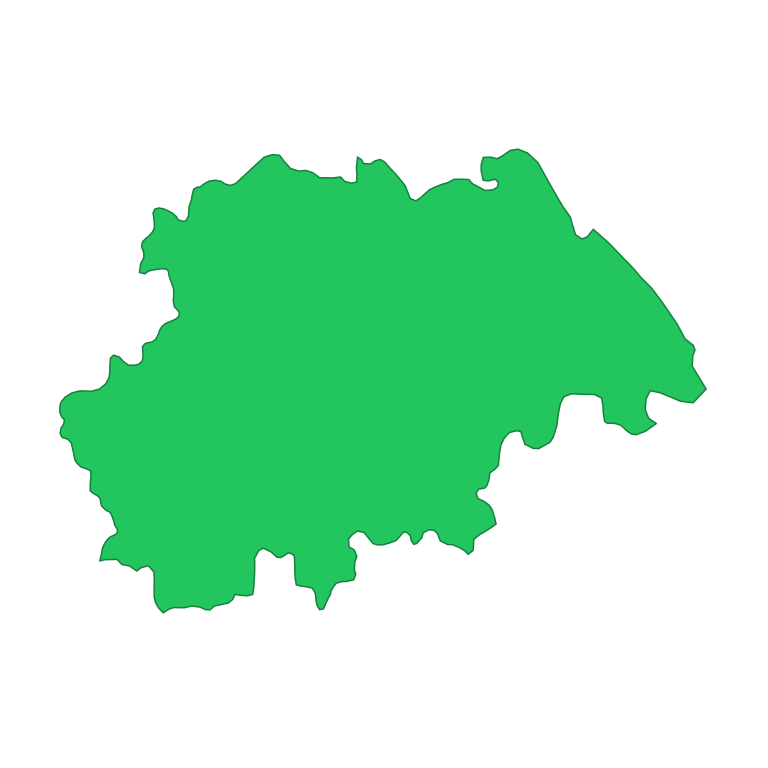 the district of Shchuchyn, Grodno, Belarus, rotated 94°
{"feature_id": "67162791B66420794580046", "entity_name": "Shchuchyn", "entity_type": "district", "adm_level": 2, "iso_a3": "BLR", "parent_name": "Belarus", "parent_adm1": "Grodno", "projection": "orthographic", "projection_center": [24.728, 53.725], "detail": "fine", "context": "isolated", "style": "filled", "palette": "green", "viewbox_px": 768, "rotation_deg": 94, "n_neighbors": 0, "source": "geoboundaries", "source_scale": "gbopen_adm2", "svg_char_len": 4673}
<svg xmlns="http://www.w3.org/2000/svg" viewBox="0 0 768 768"><g transform="rotate(94 384 384)"><path d="M202.9,587.4L209.6,588.6L213.8,589.0L216.2,589.7L220.5,590.8L226.2,590.8L230.0,590.8L235.4,593.3L235.6,596.1L234.7,600.7L231.4,602.9L228.1,607.5L225.7,612.9L224.6,616.6L224.1,620.8L225.7,625.0L229.4,626.3L234.4,625.2L239.7,624.4L244.7,623.9L248.7,625.7L253.0,629.0L255.2,631.6L258.9,634.7L261.1,635.2L264.4,635.2L269.7,632.8L274.7,632.4L281.3,635.2L289.8,635.7L290.7,630.2L287.6,626.5L286.1,621.4L284.4,613.3L284.8,608.5L286.6,607.0L291.2,605.9L303.9,600.5L310.0,600.0L316.1,600.0L321.6,598.5L323.8,595.9L326.9,593.1L331.0,593.5L333.9,596.4L336.3,601.0L337.8,604.2L339.8,607.3L342.4,609.7L345.9,611.5L348.7,612.1L352.0,613.4L355.5,615.0L358.1,618.1L359.2,621.8L359.9,624.4L361.2,625.9L363.6,627.5L367.5,627.0L373.5,626.2L377.8,626.8L381.6,630.3L382.7,634.5L383.1,640.2L379.8,645.4L375.6,649.8L374.1,655.7L377.2,658.6L383.3,658.8L389.2,658.4L396.4,658.6L403.0,661.4L405.9,664.3L408.9,667.6L411.8,675.7L411.8,681.6L412.2,687.3L414.6,694.5L416.8,697.8L419.5,701.3L424.1,704.6L427.6,705.7L434.6,705.5L439.2,703.3L442.1,700.2L446.5,700.9L450.6,703.1L455.9,703.7L459.8,701.3L461.1,695.6L464.4,691.9L474.7,688.8L481.5,687.0L484.6,684.6L487.9,680.4L489.4,674.9L491.1,670.5L496.0,669.9L504.1,670.1L511.1,669.6L513.3,666.5L515.7,661.7L517.8,659.3L523.1,658.0L525.5,657.1L529.4,652.5L530.7,649.0L533.4,646.8L536.4,645.4L539.5,644.1L543.9,642.6L546.7,640.2L550.6,639.5L552.8,641.2L555.3,645.8L557.2,648.0L560.8,650.6L563.4,651.9L567.3,653.4L569.7,653.7L571.7,653.7L580.2,655.1L578.7,649.9L577.6,638.1L582.4,632.8L583.2,625.3L585.6,621.3L587.8,617.6L584.2,613.6L581.7,606.4L587.6,600.4L596.1,599.4L605.2,599.0L612.5,598.4L618.5,596.4L623.0,593.3L625.4,590.7L627.6,588.3L623.3,582.4L621.7,578.1L621.1,567.4L618.9,560.5L619.4,551.9L621.5,546.6L621.5,541.8L617.2,537.6L615.6,531.7L613.4,524.2L609.6,520.0L604.3,517.9L604.8,512.5L604.8,505.6L603.1,500.3L597.3,499.8L591.4,499.8L584.0,499.8L572.2,500.4L566.9,501.0L558.9,497.3L556.2,493.0L559.5,484.7L562.1,481.4L564.3,478.5L564.3,474.8L562.5,472.0L559.0,467.6L560.1,463.9L561.6,461.5L569.0,460.6L576.7,459.9L583.9,459.0L590.4,457.5L591.2,454.4L591.7,447.2L592.5,441.5L597.3,438.0L605.3,436.5L609.5,435.4L613.6,432.5L612.5,428.6L608.4,427.3L601.6,424.7L597.9,422.8L594.6,422.6L589.6,420.2L585.9,417.6L584.0,411.8L583.6,407.7L581.5,400.6L575.7,398.9L571.3,400.6L563.5,400.7L558.0,399.0L551.6,402.1L548.9,407.5L541.0,408.6L536.9,405.5L532.5,400.4L533.5,393.6L538.9,388.5L544.0,383.7L545.0,378.6L544.3,373.2L541.9,366.7L539.2,360.9L534.4,357.2L530.7,354.5L530.0,351.4L533.4,347.3L538.7,345.7L541.9,343.0L540.8,340.3L534.9,335.6L529.6,334.5L526.4,329.2L526.4,323.9L529.6,320.2L536.5,317.0L539.6,309.5L539.6,304.2L541.7,297.9L544.9,291.5L548.1,288.3L543.8,283.5L537.4,283.5L532.7,283.6L527.3,277.7L522.8,271.1L518.8,265.8L515.7,262.4L514.8,262.8L510.0,264.2L501.9,267.3L497.5,270.7L494.1,276.1L491.7,282.2L486.7,284.6L482.2,282.2L480.9,276.5L478.5,274.4L473.1,272.8L465.2,272.1L461.2,267.3L457.4,264.3L449.3,264.0L445.2,264.0L436.4,263.0L430.3,260.6L423.8,255.8L421.4,248.7L421.8,244.3L428.6,241.6L434.3,239.2L437.7,231.1L437.7,225.3L430.6,214.4L425.1,211.4L413.6,208.7L401.4,208.0L391.2,206.7L384.1,203.6L380.7,196.2L380.4,183.6L379.7,173.5L382.8,166.0L390.6,164.0L397.0,163.3L405.8,161.3L407.5,158.6L407.2,151.4L408.5,145.0L413.9,138.2L416.6,133.8L417.0,128.8L412.9,119.9L404.5,109.7L404.4,109.7L399.8,117.6L391.4,121.6L380.8,121.6L372.1,118.0L373.5,107.8L375.7,101.2L380.5,87.0L381.2,74.3L366.6,62.3L344.4,77.9L334.2,77.9L328.4,76.1L323.7,78.3L318.2,86.6L303.3,96.1L283.6,111.7L270.1,123.3L260.6,134.2L250.3,144.4L242.3,153.4L226.9,170.5L215.1,186.0L222.9,191.4L225.6,196.5L221.7,203.4L211.7,207.2L204.3,209.9L194.6,217.9L184.6,224.8L169.5,234.8L152.4,245.9L143.5,257.0L140.4,266.7L142.2,274.4L147.6,281.0L151.4,286.8L150.3,293.0L151.0,300.7L157.9,302.3L164.1,302.0L173.8,299.3L174.2,294.3L171.9,287.3L175.0,283.9L179.7,284.6L182.7,288.9L183.9,297.0L181.1,302.8L178.0,309.8L174.1,313.6L174.3,320.8L175.0,328.5L178.7,334.4L180.7,339.9L183.9,346.6L186.8,351.8L190.7,355.8L195.7,360.5L199.1,365.0L197.1,370.9L184.9,376.6L179.7,381.3L174.5,386.3L168.1,393.2L162.4,398.9L160.3,403.3L162.0,408.4L165.5,413.0L165.4,420.0L162.0,421.9L159.6,426.2L170.5,426.6L177.8,425.5L184.4,425.5L185.9,430.2L184.7,437.2L180.5,441.8L182.0,449.2L182.7,462.7L178.4,469.3L176.4,476.7L177.5,484.0L175.6,492.2L168.5,499.5L163.1,504.2L163.0,511.5L166.1,519.3L175.0,527.9L187.6,539.6L194.4,546.0L196.6,551.0L195.6,556.4L193.2,560.7L192.5,566.3L193.8,572.5L196.5,576.9L200.4,581.3L200.6,583.7L202.9,587.4Z" fill="#22c55e" stroke="#15803d" stroke-width="1.5"/></g></svg>